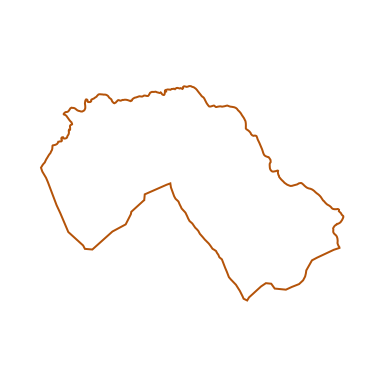 the district of Vermaul, Shefa, Vanuatu, rotated 157°
{"feature_id": "77236927B21234024058134", "entity_name": "Vermaul", "entity_type": "district", "adm_level": 2, "iso_a3": "VUT", "parent_name": "Vanuatu", "parent_adm1": "Shefa", "projection": "orthographic", "projection_center": [168.197, -16.741], "detail": "fine", "context": "isolated", "style": "outline", "palette": "amber", "viewbox_px": 384, "rotation_deg": 157, "n_neighbors": 0, "source": "geoboundaries", "source_scale": "gbopen_adm2", "svg_char_len": 6034}
<svg xmlns="http://www.w3.org/2000/svg" viewBox="0 0 384 384"><g transform="rotate(157 192 192)"><path d="M312.8,181.5L306.2,178.0L280.7,186.7L265.7,188.1L257.0,195.4L255.6,197.5L239.6,203.1L239.2,203.1L236.4,208.3L212.7,208.6L208.6,208.4L209.6,204.4L210.1,195.0L209.8,192.2L208.2,188.6L208.2,185.4L208.0,182.3L208.0,180.9L206.1,175.6L205.9,171.5L205.9,169.2L205.6,166.2L204.0,162.9L203.0,157.9L202.1,155.8L201.4,153.7L201.1,150.4L199.7,146.2L198.8,143.2L196.7,138.0L196.0,135.2L195.3,131.7L194.1,130.1L192.9,128.2L192.9,127.5L192.7,125.6L192.3,124.2L192.3,121.2L190.8,118.3L191.1,109.5L191.1,104.8L191.3,99.2L190.4,96.3L187.8,89.5L186.6,82.3L186.2,75.9L186.2,73.6L183.6,70.6L180.7,72.7L165.3,78.1L159.6,79.2L154.9,76.6L153.6,70.8L143.7,65.4L137.3,65.6L129.4,65.4L124.2,67.3L120.9,70.0L119.1,72.4L117.4,75.2L108.3,82.2L102.6,82.7L94.4,83.0L84.1,83.4L78.1,82.9L77.9,83.6L78.2,85.3L78.2,86.6L78.1,87.9L77.7,88.8L77.0,90.1L76.3,92.4L76.1,94.1L76.3,95.7L76.7,96.4L77.0,97.2L77.5,98.3L77.6,99.1L77.6,100.0L77.2,101.0L76.6,102.1L76.3,103.4L75.5,104.1L73.9,105.1L72.6,105.5L71.9,105.4L71.4,105.9L70.8,106.0L70.3,105.7L68.4,105.8L67.0,106.2L64.9,107.5L63.4,108.8L62.4,109.9L62.2,110.8L62.7,111.8L63.1,113.0L63.1,114.1L63.4,114.9L63.9,116.0L64.3,117.0L63.9,117.6L63.6,118.2L64.0,119.0L64.7,119.5L65.7,119.7L67.2,120.3L68.7,121.2L69.6,122.4L69.9,123.7L70.5,125.0L71.2,126.1L72.4,127.6L73.2,129.3L73.8,131.0L74.0,131.9L74.5,132.7L74.7,133.4L74.9,134.5L75.4,137.2L75.9,138.7L76.6,140.3L77.4,141.6L78.3,143.3L79.2,145.4L80.3,147.2L81.7,148.7L82.6,149.3L83.5,150.0L84.6,151.2L85.3,152.4L86.0,153.8L86.6,155.3L87.3,156.7L87.7,157.4L88.4,157.8L89.7,158.1L90.4,158.2L91.4,158.0L92.3,157.9L94.4,158.2L95.7,158.4L97.6,158.6L99.0,159.1L99.8,159.8L101.5,161.5L103.3,164.4L103.8,165.9L104.4,167.2L105.1,169.0L105.6,170.7L105.9,171.9L105.6,173.2L105.8,173.9L105.5,175.8L105.0,177.1L104.5,177.8L104.7,178.2L105.6,178.4L106.9,178.5L108.2,178.8L109.5,179.1L110.5,180.0L111.0,181.3L111.1,182.9L110.8,184.1L110.5,185.0L110.0,186.4L109.5,187.5L108.8,188.2L108.0,188.7L107.5,189.8L107.2,191.1L107.5,192.7L107.9,194.2L108.5,194.5L109.1,195.1L110.4,196.4L111.1,197.9L111.2,199.5L111.1,200.8L110.9,202.7L110.8,204.2L110.8,208.7L110.8,210.9L111.0,214.7L110.8,216.7L110.8,218.2L111.4,219.0L112.5,219.5L113.5,219.7L114.5,220.8L115.0,222.2L115.0,223.6L115.5,225.3L116.0,226.3L116.5,227.2L117.4,228.5L117.6,229.5L117.0,230.9L116.5,232.0L116.2,232.7L115.6,234.3L115.1,236.3L115.2,237.5L115.3,239.6L115.7,241.7L116.0,243.1L116.3,245.4L116.9,247.4L117.7,249.3L118.1,251.0L118.9,252.4L120.0,253.5L121.8,254.7L123.5,255.7L124.3,256.4L124.9,257.0L125.8,257.8L126.8,258.0L128.4,258.2L131.0,258.8L131.8,259.4L132.5,259.8L133.4,260.1L134.7,260.4L135.1,260.5L136.0,260.6L136.8,260.9L137.3,261.7L137.8,262.8L138.4,263.1L139.4,263.2L140.3,263.3L141.2,263.4L142.0,263.6L142.8,264.1L143.2,265.2L143.5,266.5L143.8,267.8L143.9,269.0L144.0,270.2L144.1,272.1L144.2,273.4L144.5,274.6L145.0,275.4L145.2,275.6L145.7,276.8L146.0,278.1L146.6,280.2L147.2,282.4L147.6,284.1L148.2,285.7L148.9,286.8L149.5,287.8L150.7,288.7L151.6,289.8L152.5,290.3L153.3,290.6L154.3,290.6L155.7,290.8L156.8,291.6L157.8,292.3L158.4,292.4L159.1,292.2L159.3,292.0L159.6,291.1L160.5,290.6L161.3,291.4L161.7,292.0L162.7,292.1L162.9,292.1L163.9,292.9L164.7,293.5L165.7,293.8L166.9,293.5L167.5,293.3L167.8,293.8L168.4,294.2L169.0,294.2L170.5,294.8L171.0,294.7L171.8,294.5L173.1,295.3L174.4,295.9L175.3,296.0L176.2,296.2L176.7,296.1L176.6,295.2L176.6,294.6L177.4,294.6L177.7,295.0L178.2,294.0L178.9,292.9L179.6,292.3L180.3,292.4L181.1,293.2L181.5,294.3L181.6,295.3L181.9,295.9L182.5,295.7L183.1,295.8L184.0,296.5L185.3,297.5L186.2,298.5L187.6,298.9L188.9,299.4L189.7,299.8L191.0,299.8L191.8,299.7L192.4,299.2L193.2,298.6L194.1,297.9L194.9,297.6L195.8,297.9L197.4,299.0L198.4,299.5L199.2,299.4L200.3,299.3L201.0,299.5L201.8,300.0L202.6,300.4L203.1,300.7L204.8,300.8L206.3,300.9L208.1,301.2L209.9,300.9L210.7,300.6L211.0,300.4L211.5,299.8L212.2,299.6L212.7,300.0L213.3,299.8L213.6,300.2L215.5,301.9L216.0,302.2L216.5,302.6L217.4,303.0L218.1,303.3L219.4,303.6L220.0,303.9L220.7,303.9L221.7,303.9L222.1,304.0L222.8,304.5L223.2,304.9L224.0,305.4L224.7,305.3L225.4,304.9L226.2,304.7L227.0,304.2L228.7,304.0L229.3,304.5L229.6,305.3L230.0,306.3L230.1,307.3L230.1,307.8L230.0,308.5L230.2,309.1L230.7,310.0L231.3,311.0L231.5,311.8L231.7,313.0L232.3,314.1L233.3,315.2L234.3,315.8L235.2,316.1L235.8,316.5L236.7,317.0L237.7,317.5L238.6,318.0L239.3,318.2L240.0,318.3L241.8,317.6L242.5,317.1L243.5,316.9L244.8,316.7L245.8,316.4L246.8,316.4L247.7,316.4L248.2,316.4L248.6,316.3L249.1,315.7L249.1,315.3L249.4,314.9L250.3,314.6L251.2,314.8L252.1,315.2L252.6,315.6L252.8,316.5L252.3,317.2L252.5,318.0L253.2,318.6L254.3,318.0L255.1,316.8L255.9,315.5L256.2,314.5L256.6,313.0L257.1,311.8L257.4,311.0L258.1,310.2L258.9,309.5L259.9,309.1L260.1,309.1L261.7,309.0L262.9,309.6L263.8,310.4L264.8,311.1L265.7,312.1L266.3,313.2L266.9,314.4L267.8,315.4L267.9,315.5L269.1,316.1L270.0,316.7L271.3,316.5L273.7,314.9L274.7,314.5L275.9,314.5L276.9,314.9L278.0,314.8L279.4,314.2L279.7,313.8L279.5,313.2L278.7,312.6L277.9,311.3L277.5,309.5L277.1,307.7L276.7,305.9L276.3,304.6L275.9,303.6L275.7,303.2L275.8,302.5L275.7,301.9L275.9,301.2L276.6,301.0L277.6,301.1L278.3,300.7L278.8,299.9L279.1,298.7L279.8,297.1L280.2,296.8L280.6,296.7L281.0,297.2L281.6,296.4L281.9,295.2L282.4,294.2L283.2,293.2L284.3,292.5L285.2,291.8L285.6,291.1L286.2,290.8L287.0,290.7L287.8,290.8L288.5,291.0L289.1,291.4L289.4,291.9L289.2,292.4L289.3,292.8L290.2,293.1L291.0,292.8L291.6,291.9L291.4,291.3L291.5,290.5L292.1,289.8L292.8,289.7L293.7,290.2L294.4,290.2L295.5,290.5L296.2,289.7L297.4,289.0L298.8,288.8L299.8,288.9L301.5,289.2L301.8,289.3L302.3,289.1L302.7,288.4L303.6,286.6L304.5,285.4L305.8,284.4L307.2,283.1L308.8,282.3L310.1,281.4L311.7,280.2L313.3,279.1L314.6,278.0L316.0,276.7L317.6,276.0L319.0,275.2L320.1,274.4L321.5,273.4L321.8,269.3L320.8,262.0L320.8,257.5L321.8,232.7L321.5,224.0L321.5,203.5L313.1,185.3L312.8,181.5Z" fill="none" stroke="#b45309" stroke-width="2"/></g></svg>